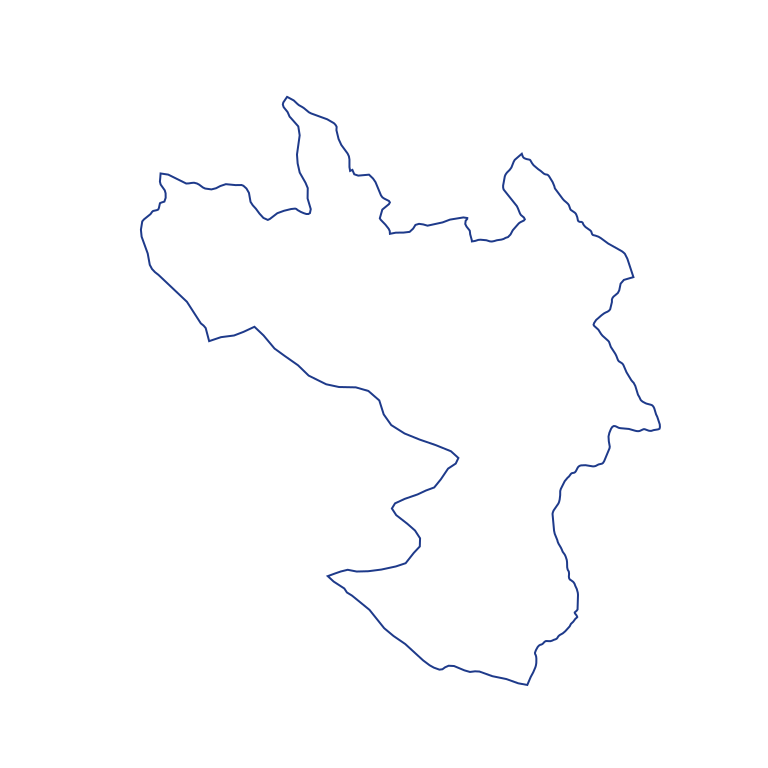 an SVG outline of Pool, rotated 106°
{"feature_id": "COG-3341", "entity_name": "Pool", "entity_type": "Region", "adm_level": 1, "iso_a3": "COG", "parent_name": "Republic of the Congo", "parent_adm1": "", "projection": "natural_earth1", "projection_center": [14.821, -3.811], "detail": "fine", "context": "isolated", "style": "outline", "palette": "blue", "viewbox_px": 768, "rotation_deg": 106, "n_neighbors": 0, "source": "natural_earth", "source_scale": "10m", "svg_char_len": 6166}
<svg xmlns="http://www.w3.org/2000/svg" viewBox="0 0 768 768"><g transform="rotate(106 384 384)"><path d="M633.8,163.3L634.7,172.5L633.9,185.1L635.0,199.3L634.1,213.0L635.1,217.3L637.1,222.0L637.1,227.8L635.8,238.9L637.0,244.2L639.5,247.2L642.1,249.2L643.3,252.0L642.9,257.9L641.8,262.6L638.9,270.2L628.1,291.9L623.6,305.4L618.7,316.5L605.1,335.7L596.2,356.5L594.6,362.2L591.5,365.8L587.8,377.9L584.2,385.1L579.6,378.8L576.1,373.8L572.6,367.7L571.8,358.6L568.3,347.5L563.1,335.4L556.1,322.3L550.3,313.8L538.1,308.8L530.3,304.8L522.4,306.8L516.3,313.8L512.0,322.9L506.7,336.1L501.5,342.1L495.7,340.5L488.7,332.4L480.9,321.3L474.8,314.3L469.6,307.2L460.0,303.1L447.7,299.1L440.7,293.1L434.6,292.1L430.2,301.1L428.5,317.3L427.6,334.5L425.9,350.6L421.5,365.7L413.3,375.9L401.1,384.0L395.0,397.1L395.0,410.2L399.3,426.4L400.2,439.5L396.7,458.7L389.7,471.8L384.5,486.9L380.1,499.0L370.5,513.2L364.7,524.3L372.6,533.4L378.7,541.5L383.9,553.6L391.0,563.9L379.4,570.8L377.6,573.5L376.2,576.8L359.3,596.1L341.3,630.8L339.6,635.0L337.4,638.7L334.0,642.0L323.7,647.1L309.2,657.6L302.7,660.2L294.3,661.2L291.9,660.1L285.1,655.3L282.3,654.3L281.3,653.6L279.5,650.3L278.5,649.1L276.7,648.9L272.0,649.2L271.0,648.1L269.2,645.4L265.2,645.2L260.9,646.5L258.3,648.1L253.8,653.7L251.2,655.2L247.0,656.0L243.2,656.8L242.2,649.1L245.8,629.4L244.9,626.8L243.8,624.5L242.9,622.1L242.8,619.1L243.3,616.7L245.0,612.2L245.4,609.8L244.5,603.5L242.1,599.4L238.8,595.9L235.5,591.1L233.7,581.4L232.0,575.8L232.2,573.8L234.0,570.1L237.5,566.5L245.7,562.5L248.4,559.4L250.8,555.5L254.5,550.7L257.6,545.7L258.3,540.9L256.8,539.2L249.2,533.6L245.0,527.8L241.4,521.5L239.9,517.8L239.9,516.5L240.6,515.1L241.5,511.4L241.9,508.2L242.0,505.5L241.4,503.5L240.1,502.3L236.1,502.6L226.7,508.6L216.7,511.3L212.2,514.9L204.0,523.3L195.8,527.8L187.4,530.9L168.2,533.6L160.0,537.4L153.6,547.4L153.2,548.2L152.7,548.7L149.2,551.6L145.5,556.8L143.2,558.3L141.1,558.4L134.7,556.3L134.7,556.2L136.3,548.9L138.6,544.5L139.4,542.7L140.3,538.9L140.9,537.0L143.5,531.1L144.0,528.6L145.2,511.5L147.1,504.0L147.6,503.1L148.6,501.6L149.9,500.4L153.1,499.7L161.0,495.2L166.0,490.9L172.5,482.5L174.8,480.5L177.7,479.1L185.0,477.0L188.5,475.3L186.9,473.4L190.6,470.4L190.8,466.2L186.9,456.1L189.5,451.2L192.3,447.8L203.5,438.9L205.0,437.0L205.7,434.9L206.7,429.7L207.8,428.4L209.7,428.8L216.8,433.7L225.9,433.7L227.0,432.5L230.4,426.6L233.5,422.3L235.3,420.7L238.0,419.7L235.2,414.2L233.2,407.3L230.7,401.3L226.6,398.8L222.4,397.6L220.4,394.5L219.8,390.3L219.8,385.8L212.5,372.2L207.8,365.9L202.0,353.6L201.5,349.7L202.4,349.5L204.6,350.5L207.8,350.0L209.9,348.1L212.9,343.9L214.6,343.1L216.2,342.5L221.8,339.1L222.7,338.8L222.1,337.4L221.2,335.6L219.5,333.1L218.7,331.0L217.6,325.2L217.7,321.5L217.3,319.6L216.3,317.6L214.7,315.1L212.8,310.9L211.6,309.0L210.0,307.4L208.6,305.3L205.4,303.6L200.7,302.6L192.4,298.7L190.9,297.5L188.3,294.6L186.9,294.0L185.4,295.4L183.8,299.0L182.6,300.3L178.2,303.7L176.4,305.3L164.1,322.6L162.4,323.6L160.4,324.2L151.1,325.1L149.2,324.9L146.9,324.1L143.5,322.2L140.8,321.2L134.6,320.6L132.5,320.1L124.7,315.0L127.2,313.2L127.9,312.3L128.3,311.3L128.5,309.1L128.3,306.3L128.3,305.6L128.6,305.0L131.0,302.5L132.5,300.5L135.0,295.0L136.0,292.1L137.7,288.4L138.0,286.8L137.9,285.7L137.8,285.2L137.8,284.7L138.0,283.9L138.8,282.6L143.5,277.5L146.9,274.8L148.3,274.0L148.9,273.6L156.9,263.1L157.9,261.5L159.3,258.4L160.2,256.7L161.2,255.5L164.7,253.0L165.2,252.3L166.7,247.8L167.4,246.6L168.4,245.7L170.4,244.2L173.3,242.7L174.0,241.9L174.2,240.3L173.8,239.2L173.9,238.1L174.2,237.5L175.5,236.5L176.5,235.3L177.6,233.5L179.5,228.1L180.2,226.9L182.4,225.4L183.1,224.5L183.2,223.7L183.1,221.7L183.3,218.4L184.0,215.8L187.2,207.2L190.8,192.0L191.5,190.2L192.4,188.4L196.5,184.6L212.5,173.7L217.8,182.1L222.3,184.2L229.1,183.7L232.1,184.3L236.8,187.5L238.5,188.1L240.0,188.2L242.4,187.5L249.8,187.2L251.1,187.7L252.1,188.4L253.0,189.2L253.7,190.1L255.3,191.8L257.9,193.8L263.9,197.7L267.3,198.8L269.3,198.9L270.2,198.0L272.7,192.9L276.1,189.1L277.4,187.2L280.7,180.4L281.3,179.5L282.0,178.9L285.8,176.2L291.1,170.1L292.8,168.5L296.4,165.8L296.9,165.2L297.4,164.6L298.4,161.2L298.7,160.5L299.1,159.9L299.9,159.0L305.9,154.1L312.2,147.3L313.6,145.2L313.9,144.5L316.6,141.9L324.3,136.9L326.1,135.0L328.3,133.1L328.5,132.9L328.8,132.5L329.1,131.9L329.7,130.5L330.4,127.2L330.5,126.3L330.4,121.7L330.6,120.2L331.5,118.8L332.9,117.5L338.2,114.1L340.2,112.3L346.8,107.8L349.3,106.9L351.0,106.8L351.8,107.6L352.4,108.7L354.0,112.1L355.3,114.0L355.7,115.2L355.9,116.7L355.6,120.9L355.9,122.0L356.6,122.9L358.1,124.6L358.8,125.5L359.3,126.7L359.6,128.1L359.7,129.7L359.7,136.2L361.3,144.6L361.4,145.8L361.4,146.5L360.9,148.9L360.8,150.3L361.1,151.6L362.3,152.7L364.4,153.4L368.8,153.9L372.6,153.7L377.1,152.1L382.0,149.7L383.6,149.5L397.5,151.1L399.5,151.7L400.4,152.4L401.0,153.4L402.2,155.6L404.5,158.0L405.1,159.1L405.6,160.3L406.5,167.9L407.8,171.8L408.3,172.8L409.1,173.7L410.1,174.4L411.3,174.8L414.8,175.5L416.1,176.0L416.9,176.8L417.3,177.6L417.6,178.2L417.8,178.6L418.2,179.1L419.0,179.6L421.7,180.6L422.5,181.0L423.3,181.6L427.6,183.5L436.1,185.1L438.3,185.1L442.3,184.0L446.6,183.3L449.0,183.2L450.8,183.4L458.8,186.1L460.8,186.3L462.4,186.2L478.1,180.1L480.9,178.6L486.4,174.3L487.7,173.6L489.4,172.2L492.5,168.9L494.2,167.4L495.1,166.7L496.0,166.0L498.2,163.2L499.7,161.9L502.8,159.8L504.9,158.9L509.7,157.4L511.6,156.4L512.1,156.0L513.3,154.7L514.2,154.3L515.4,153.8L518.2,153.2L519.7,152.5L520.7,151.5L521.1,150.1L522.0,147.7L522.6,146.8L523.5,145.8L525.4,144.4L527.9,142.2L531.2,140.2L533.2,139.4L547.4,135.8L548.8,136.3L551.0,137.7L551.8,137.3L553.4,135.1L554.7,134.0L555.8,134.5L556.9,135.3L560.4,136.6L563.1,138.2L565.8,138.7L571.7,141.6L574.4,143.4L576.8,145.8L577.8,146.5L578.8,147.0L580.1,147.3L581.2,147.8L582.0,148.6L583.3,150.5L584.1,151.3L584.8,152.3L585.4,153.3L586.4,157.4L587.2,158.3L588.1,158.9L589.2,159.4L590.2,160.0L591.0,160.8L591.6,161.9L592.8,163.0L594.5,163.8L598.0,164.6L600.8,164.8L601.3,164.6L602.0,164.2L602.7,163.5L604.1,162.6L606.1,161.8L610.2,160.7L612.6,160.4L614.6,160.4L620.1,161.1L625.1,162.2L633.8,163.3Z" fill="none" stroke="#1e3a8a" stroke-width="2"/></g></svg>